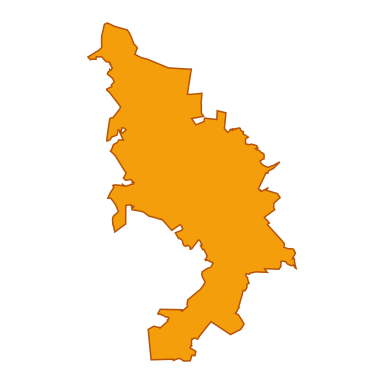 Comitán de Domínguez, Chiapas, Mexico
{"feature_id": "50627088B76182298000457", "entity_name": "Comitán de Domínguez", "entity_type": "district", "adm_level": 2, "iso_a3": "MEX", "parent_name": "Mexico", "parent_adm1": "Chiapas", "projection": "mercator", "projection_center": [-92.173, 16.291], "detail": "fine", "context": "isolated", "style": "filled", "palette": "amber", "viewbox_px": 384, "rotation_deg": 0, "n_neighbors": 0, "source": "geoboundaries", "source_scale": "gbopen_adm2", "svg_char_len": 5991}
<svg xmlns="http://www.w3.org/2000/svg" viewBox="0 0 384 384"><path d="M296.1,268.4L295.0,264.6L294.8,262.7L294.4,262.3L294.6,260.0L293.9,258.3L293.5,258.4L292.6,258.8L293.2,257.3L293.4,257.1L293.5,256.6L294.9,254.3L295.4,252.9L293.5,249.2L291.1,248.7L287.9,248.7L283.9,247.2L284.3,243.5L281.2,239.8L267.7,225.0L267.4,224.3L269.4,223.0L264.3,217.3L274.6,209.8L274.6,209.4L273.8,207.8L273.6,206.9L274.0,203.1L280.1,197.6L277.4,193.6L265.9,190.2L267.8,188.4L267.8,188.0L262.2,191.0L261.1,191.1L261.1,191.4L260.5,191.1L260.5,189.8L259.2,189.9L258.4,188.9L263.9,177.3L266.0,172.6L265.8,172.2L266.5,173.2L267.0,172.9L267.8,173.1L267.9,172.5L268.4,171.8L268.3,171.0L272.7,168.7L273.3,168.6L279.9,161.9L272.8,165.6L267.8,167.4L263.5,165.3L262.4,164.6L261.1,163.4L260.1,160.9L260.7,160.7L262.9,159.1L264.0,158.9L264.1,155.8L264.0,154.5L263.7,153.9L262.6,153.0L261.9,152.8L260.8,152.1L259.1,150.3L258.4,150.0L257.2,150.1L256.8,149.3L255.6,148.7L257.7,148.1L257.6,147.7L257.8,147.5L257.0,146.8L256.9,146.0L256.6,145.6L255.8,145.5L253.8,144.6L252.6,144.5L251.5,144.1L249.9,144.7L248.9,144.5L248.2,144.5L247.5,144.3L246.5,144.2L245.8,143.9L245.5,143.4L245.8,142.9L245.6,142.5L245.4,140.7L245.6,139.3L246.3,138.4L248.3,137.2L243.0,133.8L243.4,131.6L242.1,131.3L241.2,130.7L240.5,129.7L240.1,128.3L239.8,128.1L239.2,127.9L238.6,128.3L237.8,128.4L236.9,128.3L236.8,129.0L236.7,128.7L236.1,128.7L236.2,129.1L235.9,129.2L235.7,129.1L233.5,128.8L233.5,129.0L233.2,129.3L233.2,129.9L233.1,130.0L232.9,129.9L232.4,130.2L232.3,129.6L231.9,129.6L232.2,129.1L231.5,129.3L231.4,128.8L231.5,129.5L231.0,129.7L230.9,130.0L230.6,130.0L230.3,129.5L229.4,130.9L227.7,132.3L224.4,128.6L225.9,112.8L217.2,110.7L216.8,119.5L204.5,118.1L204.1,121.5L195.9,124.8L191.6,118.6L203.5,116.3L203.0,115.3L201.9,114.2L201.3,112.2L201.4,105.7L201.0,102.6L201.4,100.7L201.9,93.3L191.2,94.4L187.4,94.2L191.3,69.1L189.8,69.2L168.4,67.9L147.8,59.4L144.9,58.5L142.2,58.0L136.7,55.4L135.8,54.7L134.9,54.4L136.3,50.5L137.4,48.0L135.5,45.5L134.5,44.6L133.7,43.6L131.7,38.1L129.9,34.0L129.3,32.9L127.2,29.9L115.0,26.5L107.4,23.0L104.5,24.3L103.8,26.6L103.5,28.9L101.9,34.9L101.6,38.1L101.7,47.8L101.1,48.1L99.5,49.7L97.3,51.3L96.1,51.8L94.2,53.2L87.9,57.0L90.3,59.7L91.2,59.4L93.2,59.1L96.0,59.3L96.3,56.8L99.5,56.9L101.5,56.6L105.8,61.5L109.1,62.3L109.4,62.6L109.7,62.5L110.0,63.0L109.7,63.7L109.9,64.1L111.1,65.1L110.9,65.7L111.1,66.3L111.5,67.0L112.3,67.8L112.2,68.6L111.0,69.5L110.9,70.2L110.7,70.3L109.9,69.6L110.0,70.4L107.8,72.3L107.4,74.0L108.7,75.2L112.6,78.3L114.2,81.9L111.4,84.9L111.7,86.6L106.7,89.1L106.9,90.3L109.2,92.0L120.7,107.0L119.3,109.6L113.0,117.6L110.1,118.3L109.5,120.2L106.7,139.8L107.0,141.0L109.2,140.2L110.2,139.7L111.5,137.2L116.9,135.1L118.3,129.9L121.3,130.6L122.0,127.7L124.2,128.2L124.6,128.4L126.0,130.0L122.2,133.3L120.8,131.7L120.4,131.4L119.8,131.5L119.7,131.8L119.7,132.1L123.3,140.1L119.5,139.9L118.6,140.0L117.7,142.1L116.6,143.0L115.9,143.2L114.3,144.1L113.4,144.9L113.0,145.5L112.7,146.4L112.4,148.1L112.0,148.4L111.4,149.8L111.4,150.1L110.5,150.9L110.4,151.2L111.4,151.8L111.6,152.1L115.1,155.5L126.1,173.2L123.4,178.2L125.8,180.4L130.8,179.4L131.6,180.4L133.5,182.1L132.2,182.1L132.2,182.5L132.8,183.0L133.8,182.7L133.7,183.9L132.2,184.3L130.6,184.4L129.4,185.3L127.7,185.5L125.1,186.3L124.8,186.3L124.8,186.0L122.8,184.6L122.9,184.9L122.7,185.3L122.8,185.7L122.3,185.8L122.0,185.5L117.2,185.0L115.2,185.1L115.1,184.9L114.7,185.1L113.6,185.1L112.9,185.4L112.8,185.5L113.8,187.1L112.4,189.7L110.4,192.6L107.8,198.2L110.7,198.2L113.0,201.1L114.4,203.0L116.0,205.7L117.3,208.6L118.4,211.7L113.5,216.1L112.7,218.0L112.5,219.8L112.9,224.5L114.0,228.2L114.8,232.0L125.7,223.9L125.7,216.8L125.8,205.4L130.0,204.8L130.9,205.0L130.8,205.4L131.2,205.9L132.0,205.7L132.3,206.1L132.6,206.0L132.5,206.6L132.6,207.1L132.8,207.2L133.4,207.0L132.9,207.6L131.6,207.6L132.0,209.7L138.0,210.8L139.5,210.9L142.5,211.8L143.5,212.0L149.0,216.2L153.9,217.3L161.8,219.7L161.4,219.1L161.8,219.1L171.8,230.4L180.2,224.5L181.4,226.0L182.2,227.8L182.6,229.5L181.4,230.3L179.8,231.1L178.7,231.5L178.2,231.6L175.3,232.9L178.6,238.5L179.6,238.5L181.8,240.0L182.2,240.4L182.6,241.7L182.9,243.5L183.7,245.2L185.5,246.4L185.9,246.4L186.0,246.0L186.7,245.4L187.5,245.3L188.3,245.7L190.1,246.9L190.2,247.5L190.1,248.9L190.2,249.2L190.6,249.2L190.9,248.5L191.1,248.4L191.8,248.7L198.4,240.1L199.6,240.1L202.0,245.2L200.4,245.5L202.6,249.4L203.0,249.8L204.0,249.4L207.2,256.1L206.2,258.3L205.6,259.2L205.2,259.2L205.0,259.6L206.1,260.6L206.3,260.6L206.9,259.9L213.0,263.0L212.1,265.0L210.7,267.3L207.0,268.6L202.2,271.8L201.8,274.5L202.5,277.2L205.2,282.1L203.3,285.4L200.2,289.6L198.3,291.0L195.9,293.1L187.6,300.0L187.6,302.2L187.3,302.4L187.0,304.6L187.6,306.4L182.2,311.2L181.1,310.6L181.5,310.2L181.0,310.0L181.3,309.7L160.2,309.3L157.8,313.9L158.2,314.2L160.5,314.1L161.6,315.0L163.1,315.2L165.3,316.9L166.3,317.0L167.6,316.9L167.9,317.0L169.0,318.5L167.3,320.0L167.9,321.1L159.9,328.2L159.5,327.4L157.5,327.2L153.8,326.2L148.2,329.4L151.1,359.8L173.4,359.2L173.2,360.0L173.3,360.5L178.6,358.4L181.6,359.3L182.9,360.7L184.0,361.0L190.3,360.8L191.9,355.3L195.0,355.7L195.8,351.4L192.0,349.0L190.4,348.3L190.1,347.3L191.8,345.8L191.2,345.3L191.6,343.4L191.4,341.9L191.7,339.2L192.6,339.2L194.0,338.3L194.8,338.2L195.7,338.3L197.5,339.2L199.3,336.6L199.4,336.2L211.0,321.6L230.5,334.6L240.9,329.3L244.0,324.1L242.5,321.2L238.3,314.6L237.0,314.2L235.4,313.3L236.5,312.1L238.3,308.4L239.1,307.7L238.5,307.4L241.8,296.0L243.2,290.5L244.9,290.8L245.9,289.5L246.8,287.7L247.0,286.2L246.9,284.2L249.1,283.3L247.9,280.4L247.7,278.7L247.5,277.8L246.8,276.8L246.0,276.0L245.8,275.6L246.2,274.3L246.2,273.8L248.8,274.2L250.0,273.8L250.4,273.4L250.4,273.1L255.5,271.9L267.3,272.3L266.6,271.6L264.6,268.7L279.0,269.2L280.8,266.5L281.0,261.3L285.2,261.4L285.7,261.8L286.4,262.7L286.9,263.2L287.0,263.5L287.4,264.0L291.2,265.7L292.5,265.3L293.5,265.1L294.4,266.9L295.3,267.9L296.1,268.4Z" fill="#f59e0b" stroke="#b45309" stroke-width="1.5"/></svg>